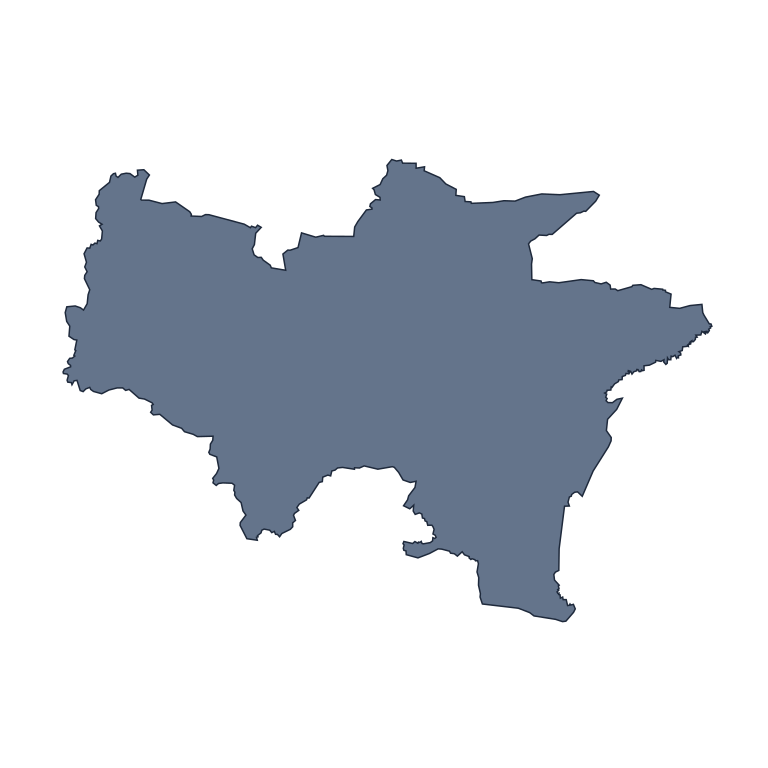 Taphan Hin, Phichit, Thailand, rotated 4°
{"feature_id": "78962969B26930516350058", "entity_name": "Taphan Hin", "entity_type": "district", "adm_level": 2, "iso_a3": "THA", "parent_name": "Thailand", "parent_adm1": "Phichit", "projection": "mercator", "projection_center": [100.432, 16.199], "detail": "fine", "context": "isolated", "style": "filled", "palette": "slate", "viewbox_px": 768, "rotation_deg": 4, "n_neighbors": 0, "source": "geoboundaries", "source_scale": "gbopen_adm2", "svg_char_len": 6099}
<svg xmlns="http://www.w3.org/2000/svg" viewBox="0 0 768 768"><g transform="rotate(4 384 384)"><path d="M590.5,595.0L588.3,590.6L585.6,591.5L584.9,590.5L584.3,591.8L582.6,592.2L580.8,586.4L577.7,586.6L577.1,584.1L574.9,585.3L574.3,582.0L573.0,581.8L573.2,580.4L572.0,580.7L571.1,579.3L572.6,577.7L571.7,576.9L572.9,576.1L572.0,573.3L572.8,572.5L567.8,567.7L566.7,562.2L568.1,559.7L571.4,557.8L570.2,536.2L572.6,493.3L577.4,492.8L575.8,489.0L576.8,483.8L578.7,482.8L578.9,481.1L581.7,478.7L584.6,478.1L589.6,482.2L598.7,456.2L612.2,431.1L614.5,424.9L614.4,421.5L609.1,415.0L609.5,403.6L617.9,393.1L622.8,381.5L617.4,383.0L613.2,386.7L608.7,386.9L606.7,385.2L607.6,382.9L606.1,381.8L606.9,378.6L604.8,377.6L606.7,376.4L607.0,374.7L610.7,374.2L610.9,371.1L611.7,371.5L614.0,367.8L617.7,365.2L617.8,363.6L621.2,363.0L621.2,359.9L624.2,358.6L624.7,356.6L627.6,356.8L628.1,355.5L626.7,354.7L626.8,353.6L629.2,354.2L630.7,356.8L632.4,354.3L635.2,353.2L635.2,351.9L636.4,351.9L637.7,353.9L639.4,353.6L640.0,352.0L640.9,352.7L642.5,352.2L642.1,347.7L647.4,346.7L653.4,343.3L653.5,341.5L658.7,342.1L661.6,340.3L661.5,342.5L663.8,344.8L665.1,343.5L665.0,338.2L666.3,339.9L668.4,339.8L668.5,336.2L670.1,336.6L672.3,335.0L674.1,338.1L674.9,337.0L675.9,337.3L675.7,335.3L678.1,334.3L677.8,332.5L675.9,331.2L679.2,329.8L679.4,326.1L683.8,325.3L684.0,324.4L685.0,325.1L684.8,323.4L687.1,322.7L687.2,321.5L685.9,321.8L686.5,320.6L688.2,319.3L688.4,320.3L689.7,320.2L691.5,317.8L691.5,315.7L693.1,315.4L691.7,313.5L696.6,313.0L697.5,309.3L701.2,311.7L701.8,310.4L700.4,309.4L702.5,308.9L703.4,310.3L704.8,308.0L704.1,306.7L706.0,305.2L705.5,304.0L707.0,303.5L706.0,301.3L704.3,301.3L698.4,293.0L697.0,290.5L695.6,282.4L683.8,284.4L673.7,287.9L663.7,287.6L664.1,274.3L658.4,272.4L658.2,270.9L655.6,270.8L655.4,270.0L646.7,269.8L644.5,270.9L633.4,267.0L625.3,268.2L624.5,269.6L610.7,274.6L608.0,273.1L603.5,273.5L602.7,269.6L598.6,267.0L593.6,269.0L587.2,268.0L585.7,266.4L573.4,266.1L551.3,270.8L542.1,270.5L535.2,272.1L534.0,272.0L533.5,270.3L524.2,269.6L522.8,254.0L523.2,248.7L518.4,234.1L520.4,231.2L524.5,228.6L528.3,224.6L535.9,224.5L538.0,223.2L541.4,223.0L564.2,200.2L568.0,199.5L571.3,197.6L573.2,197.7L582.4,186.9L585.6,180.6L579.6,177.3L546.3,182.9L528.1,183.4L512.1,187.7L502.0,192.4L490.9,192.8L480.0,195.3L458.5,197.7L458.0,196.2L452.2,196.3L451.1,191.5L442.5,190.8L442.5,184.8L431.7,180.1L425.3,174.3L409.2,168.5L409.3,164.5L401.0,166.5L400.6,161.6L387.2,162.4L385.7,159.4L381.0,160.7L376.1,159.5L371.7,165.8L373.0,170.9L372.0,175.6L368.5,179.3L366.2,185.3L359.0,189.6L360.5,190.9L362.2,195.6L367.0,198.1L367.4,200.7L362.7,200.6L357.9,205.2L357.5,207.9L359.7,209.2L359.8,210.4L354.3,211.6L346.6,223.7L343.8,229.4L343.5,238.9L314.2,240.8L313.4,239.9L305.7,242.3L291.2,239.0L288.7,253.9L281.0,257.1L278.7,257.1L274.1,261.4L278.0,277.4L263.5,276.0L262.2,273.4L254.9,268.9L252.7,266.2L249.3,266.6L245.4,264.2L243.1,258.3L245.0,254.0L245.5,242.6L250.6,236.3L246.8,234.4L245.0,237.0L240.8,235.8L239.8,237.4L233.4,234.3L197.4,227.3L194.0,227.5L190.4,229.6L179.9,229.9L180.0,228.2L178.2,225.7L163.4,216.9L150.0,219.5L136.7,217.0L129.4,217.5L128.5,216.9L133.0,196.2L135.4,191.9L129.5,187.0L123.1,187.9L123.9,192.9L120.9,195.0L115.9,191.8L112.1,191.7L107.3,193.0L104.2,196.5L102.2,195.2L101.4,192.5L99.4,193.1L97.1,195.6L96.1,202.0L86.5,211.0L86.6,214.6L83.4,220.3L84.5,225.8L86.8,227.0L87.1,228.9L84.8,233.1L84.8,239.1L88.0,242.4L91.6,244.3L89.1,246.1L92.4,251.0L92.2,259.1L91.0,261.1L88.4,260.7L87.9,264.0L85.8,263.6L83.9,265.6L82.1,265.1L81.0,269.0L78.3,269.0L75.7,275.0L78.7,283.3L77.3,288.1L80.0,292.7L77.9,296.5L77.8,299.8L83.9,310.5L82.6,315.6L82.3,324.6L79.1,331.2L75.8,329.1L70.5,327.7L62.2,329.1L61.0,335.0L63.1,343.7L66.5,348.2L66.4,358.3L71.6,361.3L74.5,361.6L73.2,371.5L74.2,372.2L72.6,377.0L73.6,377.7L71.3,379.9L68.7,380.3L66.7,383.7L67.6,385.7L70.0,387.3L70.2,388.7L64.1,391.6L63.0,394.4L63.5,395.9L67.2,396.2L68.6,397.6L67.6,402.3L68.4,404.2L72.0,404.4L72.8,406.5L74.7,402.4L77.5,401.8L81.4,411.7L84.4,412.6L86.9,409.7L90.7,407.9L91.8,409.9L94.7,411.7L103.1,413.4L110.0,409.2L118.1,406.5L123.6,406.1L126.7,408.4L130.1,407.2L140.6,415.2L146.1,415.7L153.9,418.9L155.2,420.5L153.6,421.5L154.5,426.2L153.2,428.5L156.1,430.9L162.5,429.9L175.9,439.6L185.2,442.3L188.3,445.5L197.2,447.5L201.5,449.5L217.1,448.0L217.1,452.1L215.0,456.1L215.1,461.0L214.0,464.4L215.2,466.3L222.2,468.4L225.2,479.7L223.2,485.0L219.7,490.1L220.8,491.7L220.3,494.5L223.7,496.9L225.9,494.8L230.1,493.9L239.3,493.6L242.0,495.4L241.6,500.6L242.8,502.3L242.7,505.1L245.0,508.5L249.7,512.2L252.2,520.5L255.4,524.4L250.3,532.3L250.3,535.1L258.0,547.9L268.5,548.7L267.5,545.8L269.0,545.2L268.4,544.1L271.7,541.1L272.3,538.4L274.5,537.1L280.2,537.8L282.4,540.1L284.9,538.7L286.3,541.5L288.2,541.5L290.5,543.7L292.5,540.3L300.7,535.5L302.9,532.8L302.6,528.9L305.2,526.3L302.9,521.3L303.7,519.4L307.8,516.0L305.7,513.3L307.9,509.7L314.8,505.0L315.4,502.9L317.2,503.0L326.2,486.7L329.3,485.7L329.4,481.2L334.3,478.8L337.2,479.4L338.0,474.4L341.2,473.3L343.5,471.0L348.5,470.1L360.5,471.1L360.5,469.6L365.4,469.5L369.9,467.1L383.8,469.4L398.1,465.9L400.1,466.4L404.8,471.2L409.7,478.4L417.1,480.4L422.8,478.8L422.1,485.1L416.4,493.8L415.6,497.9L412.0,504.1L418.4,506.7L422.1,502.8L422.0,508.7L424.2,511.9L428.3,510.1L430.8,511.1L431.7,515.0L433.8,515.4L434.5,517.7L436.3,518.3L437.5,521.9L441.6,521.5L442.7,522.8L444.1,525.5L443.3,530.2L445.6,531.3L446.7,533.3L445.4,534.6L443.5,533.9L443.4,537.1L441.2,539.0L434.3,540.7L433.0,540.4L432.1,538.4L430.9,539.5L429.4,539.3L428.9,540.5L425.8,539.0L423.7,541.1L414.8,539.7L414.1,542.0L415.3,543.2L414.7,546.6L415.4,548.5L417.6,549.0L418.1,552.7L430.0,555.1L441.2,549.9L449.5,544.7L453.1,544.7L461.0,546.2L462.2,548.1L466.0,548.4L469.2,550.6L473.7,545.9L476.2,548.8L481.0,550.2L481.0,551.5L482.9,553.0L484.0,552.2L486.9,552.9L487.6,554.0L489.7,553.7L490.7,556.7L489.9,565.0L492.0,570.5L492.3,578.1L494.8,586.4L494.7,589.8L497.5,596.6L533.6,598.3L545.3,601.9L549.8,604.9L571.6,606.8L578.7,608.6L582.0,607.9L589.0,598.6L590.5,595.0Z" fill="#64748b" stroke="#1e293b" stroke-width="1.5"/></g></svg>